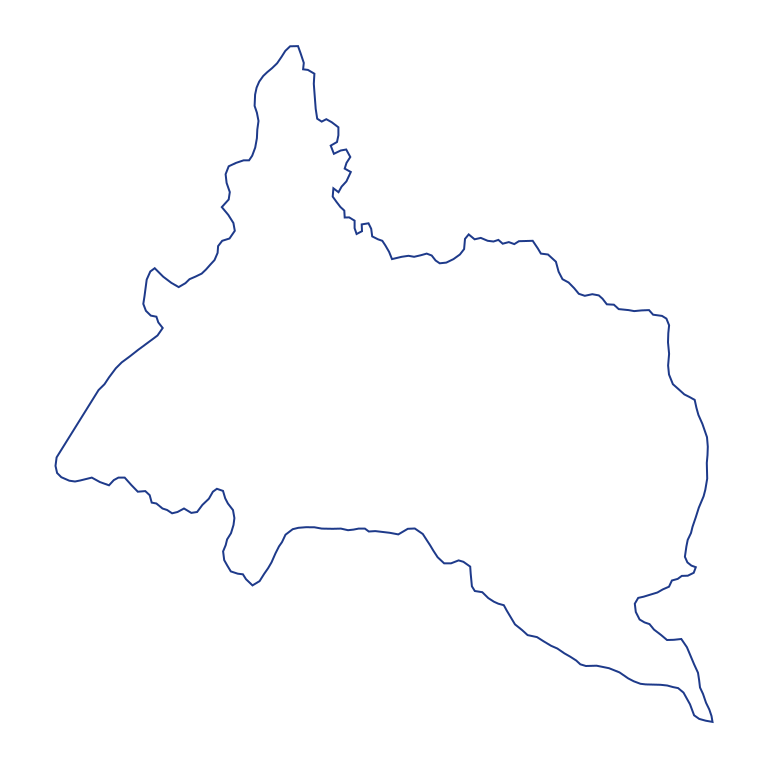 outline of Ituverava, São Paulo, Brazil
{"feature_id": "56859067B5910170825055", "entity_name": "Ituverava", "entity_type": "district", "adm_level": 2, "iso_a3": "BRA", "parent_name": "Brazil", "parent_adm1": "São Paulo", "projection": "equal_earth", "projection_center": [-47.81, -20.319], "detail": "fine", "context": "isolated", "style": "outline", "palette": "blue", "viewbox_px": 768, "rotation_deg": 0, "n_neighbors": 0, "source": "geoboundaries", "source_scale": "gbopen_adm2", "svg_char_len": 4191}
<svg xmlns="http://www.w3.org/2000/svg" viewBox="0 0 768 768"><path d="M290.1,46.3L285.3,50.9L281.5,56.9L277.1,63.3L271.9,68.3L267.2,72.2L263.2,76.0L259.2,81.6L256.6,87.6L255.1,94.6L254.6,105.9L256.9,112.7L258.5,121.0L257.3,129.6L256.9,138.2L255.2,147.6L252.2,155.7L249.1,160.3L243.7,160.3L236.0,162.9L228.7,166.3L225.6,174.2L226.6,182.9L229.8,192.1L228.7,199.5L221.8,207.1L228.3,214.9L233.4,223.0L234.8,230.8L229.5,238.5L222.2,240.8L218.1,246.1L217.6,252.9L214.5,260.1L210.6,264.3L206.0,269.5L201.7,273.6L195.5,276.6L189.5,279.2L185.5,283.1L178.7,287.1L171.4,282.9L163.2,276.7L154.7,268.2L150.3,271.5L146.7,279.6L144.5,296.2L143.3,303.9L145.9,310.8L150.8,315.6L156.4,316.7L158.3,322.4L162.7,328.0L157.5,335.5L148.9,341.9L138.2,349.8L129.8,356.4L121.7,362.4L115.8,368.3L109.0,377.4L104.5,384.2L98.6,390.0L56.6,457.4L55.5,465.9L57.1,473.0L61.3,477.2L69.3,480.7L75.0,481.5L80.1,480.5L91.8,477.6L100.0,482.1L109.0,485.3L113.8,480.1L118.4,477.6L124.7,477.6L131.3,485.0L137.8,491.7L145.3,491.1L149.7,495.2L151.7,502.6L156.4,503.5L162.5,508.5L167.1,510.0L172.1,513.3L177.5,512.0L184.0,508.5L191.3,512.9L197.1,512.0L202.4,504.9L208.9,498.7L212.9,491.7L216.9,488.8L223.0,490.9L225.2,498.3L227.9,503.5L233.0,510.1L234.4,518.1L233.5,525.0L231.0,533.2L227.1,539.4L225.7,545.1L223.1,551.4L224.2,560.1L227.3,565.6L230.8,571.4L237.8,573.7L242.9,574.3L246.0,579.2L252.5,585.4L259.6,581.1L264.2,573.8L268.1,568.2L271.5,562.4L275.5,553.3L279.0,546.4L282.0,542.1L285.5,534.7L292.7,529.2L298.4,527.8L306.1,527.2L314.5,527.3L321.8,528.6L332.7,528.8L340.9,528.6L348.0,530.2L353.5,529.6L358.6,528.6L364.9,528.6L368.8,531.5L375.3,531.1L389.8,532.8L398.3,534.4L407.8,528.8L414.8,528.5L422.8,534.0L426.8,540.2L430.2,545.4L433.3,550.6L437.6,557.2L444.1,563.3L451.1,563.3L458.6,560.4L463.4,561.8L470.2,566.6L470.7,573.7L471.9,586.3L474.8,591.0L482.3,592.2L488.3,598.1L493.9,601.7L498.3,603.7L503.8,605.2L506.7,610.5L515.0,624.4L522.0,630.0L527.6,635.1L537.0,637.1L543.6,641.3L551.1,645.8L557.3,648.5L564.3,653.3L570.1,656.6L576.2,660.5L580.3,664.3L585.9,666.0L596.6,665.7L609.0,668.2L619.5,672.4L628.2,678.4L633.8,681.3L640.5,683.8L645.7,684.4L660.6,684.8L667.2,685.5L673.1,687.1L678.1,688.1L683.5,692.6L687.0,698.9L690.0,704.3L694.1,715.3L699.2,718.9L705.7,720.7L712.5,721.9L711.5,716.0L709.3,709.5L706.0,702.7L703.0,693.9L700.0,687.5L699.1,680.0L698.0,672.8L694.1,664.3L690.2,655.0L686.9,647.2L681.3,639.0L673.8,639.8L667.0,640.0L661.2,635.1L654.0,629.6L649.5,624.1L644.5,622.4L639.6,619.5L635.8,612.0L634.8,603.7L638.2,597.9L643.6,596.7L649.8,594.8L657.4,592.5L662.8,589.4L669.0,586.7L671.9,580.5L677.7,578.9L681.8,575.9L687.8,575.7L693.7,572.8L695.8,567.2L691.4,565.6L687.4,562.4L684.9,556.8L686.4,546.4L687.7,539.9L691.0,533.0L692.5,526.9L695.8,517.2L698.8,507.7L703.6,496.3L705.3,489.8L707.2,478.6L706.8,462.9L707.5,455.1L707.8,446.7L707.0,437.2L702.4,423.9L698.4,414.9L696.4,407.7L694.7,399.9L689.3,396.9L684.3,394.4L679.9,390.4L672.9,384.2L669.0,374.5L668.1,365.5L669.1,353.9L668.0,342.3L668.3,333.2L669.1,325.3L666.4,318.6L662.0,315.9L653.1,314.7L649.0,310.1L641.7,310.4L634.2,311.1L628.6,310.1L618.7,309.1L613.9,304.7L606.8,304.3L602.5,298.7L598.8,295.4L592.3,294.2L584.8,295.8L578.8,293.8L574.1,288.1L568.6,282.5L562.5,279.2L558.6,271.7L555.9,261.7L548.0,254.5L540.9,253.6L537.8,248.4L532.7,240.8L526.1,241.0L518.9,241.2L514.3,244.1L508.8,242.1L502.7,243.7L498.4,239.9L493.5,241.5L487.7,240.8L480.8,237.9L474.6,239.3L468.7,234.4L465.0,238.9L464.1,249.1L459.9,254.5L453.5,259.1L446.3,262.6L439.7,263.3L435.6,260.5L431.7,255.5L426.7,253.6L420.6,255.3L414.1,256.8L408.5,255.8L401.7,256.8L392.0,259.1L389.1,251.9L385.4,245.5L382.3,240.8L378.0,239.3L372.2,236.4L371.2,228.8L368.5,223.3L361.7,224.4L362.0,231.2L356.6,234.0L354.6,228.2L354.6,220.7L349.2,217.4L344.7,217.5L344.3,210.6L340.4,207.0L336.5,201.9L332.7,196.6L333.4,188.3L338.5,192.2L341.6,186.6L346.4,181.4L350.8,172.0L344.7,168.6L346.5,162.9L350.3,157.0L346.2,149.5L340.7,150.5L333.9,153.8L330.7,145.6L337.0,142.0L338.4,135.3L338.4,127.3L331.7,122.2L326.3,119.2L321.7,121.6L317.2,118.7L315.7,108.8L314.5,93.2L313.8,83.8L314.4,73.7L307.9,69.9L303.1,69.3L303.8,62.9L300.6,53.3L298.0,46.1L290.1,46.3Z" fill="none" stroke="#1e3a8a" stroke-width="2"/></svg>